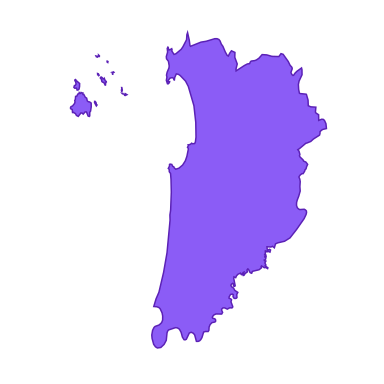 Tinh Gia, Thanh Hóa, Vietnam, rotated 185°
{"feature_id": "81297802B97652803071493", "entity_name": "Tinh Gia", "entity_type": "district", "adm_level": 2, "iso_a3": "VNM", "parent_name": "Vietnam", "parent_adm1": "Thanh Hóa", "projection": "robinson", "projection_center": [105.829, 19.452], "detail": "fine", "context": "isolated", "style": "filled", "palette": "violet", "viewbox_px": 384, "rotation_deg": 185, "n_neighbors": 0, "source": "geoboundaries", "source_scale": "gbopen_adm2", "svg_char_len": 6022}
<svg xmlns="http://www.w3.org/2000/svg" viewBox="0 0 384 384"><g transform="rotate(185 192 192)"><path d="M210.3,350.4L210.8,348.3L210.7,343.2L213.7,335.9L215.2,333.2L220.1,328.3L221.9,327.5L224.4,330.7L224.3,332.1L224.7,333.0L226.5,331.7L227.5,331.6L228.3,333.9L228.6,334.2L229.2,332.9L228.5,329.3L229.4,324.6L229.0,322.5L226.9,320.2L225.7,315.6L225.8,313.5L227.2,309.2L227.6,306.2L227.0,304.3L227.3,301.0L225.9,297.7L225.3,297.6L224.1,298.9L223.9,300.0L225.3,299.9L225.5,301.1L223.7,303.6L221.7,304.2L220.4,303.8L219.8,302.2L219.3,302.1L219.2,304.5L217.9,308.3L215.7,308.0L213.9,307.0L208.1,301.9L204.9,296.9L197.6,278.1L194.3,261.6L192.8,247.0L193.0,242.1L193.6,240.5L195.6,240.1L196.6,240.6L197.8,239.3L200.0,238.6L199.6,238.0L200.4,236.1L199.6,235.3L199.4,234.2L200.2,227.1L201.4,222.4L203.7,218.0L207.1,214.6L210.2,213.3L211.8,214.5L212.4,215.6L213.5,215.9L214.5,217.7L216.3,217.9L216.8,217.5L216.7,215.8L217.7,213.4L216.7,212.6L216.4,210.2L215.0,208.6L214.0,202.7L212.6,190.0L211.7,172.1L212.0,167.2L211.4,161.9L211.6,129.3L213.3,109.4L216.2,89.3L218.5,82.4L220.1,74.6L217.0,74.6L214.9,74.0L213.6,73.0L211.3,69.0L210.4,65.9L210.1,61.8L210.9,59.2L212.1,57.8L213.3,56.6L217.0,54.9L218.0,53.8L219.2,50.8L219.6,46.0L219.0,42.6L216.9,36.9L214.9,34.6L212.9,33.6L209.5,34.4L206.5,37.8L204.7,42.0L204.6,49.5L204.2,51.1L203.4,52.5L196.7,55.4L194.9,55.4L193.1,54.6L192.3,53.8L190.6,51.2L188.9,46.6L187.1,44.2L186.0,44.1L184.8,44.8L182.4,51.3L180.5,52.2L178.4,51.4L176.9,49.9L174.6,43.6L172.9,43.7L171.5,44.4L170.4,45.7L169.4,47.8L168.2,53.5L166.5,54.2L163.8,54.4L163.1,55.7L163.2,58.9L162.4,61.5L160.7,63.6L157.8,64.5L157.2,65.3L157.3,66.6L158.1,67.6L160.4,68.1L160.8,68.6L160.6,69.8L159.5,71.4L157.5,72.6L151.8,73.0L151.0,74.7L152.1,76.7L152.3,77.9L150.9,79.3L149.4,79.4L146.6,78.4L144.4,79.9L142.1,80.0L141.5,80.6L141.4,81.4L143.6,86.0L143.2,88.1L143.9,88.8L145.8,89.4L145.9,90.7L144.7,93.3L142.9,93.8L142.0,93.4L142.0,91.4L141.1,90.0L139.9,89.6L138.5,90.1L138.0,90.8L138.5,93.7L137.6,96.0L140.8,97.7L142.2,99.9L144.3,101.1L145.1,102.3L144.8,103.5L143.4,104.6L142.7,104.1L142.6,102.7L142.1,101.8L141.3,101.8L140.8,102.3L142.9,109.6L142.8,111.1L141.0,110.5L140.3,112.5L138.9,114.2L136.6,115.4L135.8,114.1L135.3,114.0L133.9,116.4L133.3,116.7L134.0,113.9L133.7,113.3L133.0,113.5L131.9,115.5L129.9,117.2L130.4,119.1L129.8,120.2L129.1,120.0L127.2,116.9L125.8,116.2L125.3,116.5L125.1,117.8L124.4,118.4L118.4,120.4L116.3,122.4L116.6,124.0L116.3,124.4L113.4,122.9L111.8,123.2L110.0,122.3L109.8,123.1L112.7,124.8L112.0,125.7L113.2,127.7L112.4,129.6L113.8,129.9L114.1,130.5L113.2,131.0L112.8,131.6L112.6,133.8L113.7,133.5L113.9,133.9L112.8,134.9L112.8,135.5L113.1,135.9L113.8,135.6L114.2,135.8L113.6,137.3L113.8,139.7L113.1,139.8L112.2,138.9L110.7,139.4L109.1,138.9L108.7,141.1L109.8,141.7L111.5,140.6L112.2,141.9L112.5,144.0L108.5,144.1L107.1,144.9L105.1,143.6L104.3,147.6L102.2,148.8L95.5,151.0L90.4,154.8L84.5,163.9L78.0,175.2L76.4,179.5L76.1,181.5L76.4,183.1L77.4,184.0L78.7,184.6L83.1,183.9L84.4,184.4L85.7,185.5L86.7,187.7L86.9,190.5L86.5,193.0L85.3,197.2L84.3,202.4L85.0,206.8L85.1,211.8L85.8,214.4L86.7,216.0L86.7,216.7L85.6,218.5L84.0,219.9L83.0,219.9L82.3,221.1L81.5,222.8L81.3,224.1L80.4,225.0L80.1,227.0L79.2,229.6L81.1,231.7L83.6,232.6L84.1,233.6L87.5,236.4L88.1,237.4L87.8,238.9L89.0,242.1L90.3,243.4L88.9,244.4L82.7,250.6L82.0,250.7L78.1,252.7L75.6,255.4L69.9,259.8L69.6,261.4L69.7,263.3L68.3,264.9L67.0,265.8L63.6,266.9L64.5,271.7L66.3,274.9L67.6,275.8L69.1,275.8L72.0,274.4L72.6,280.0L75.4,281.5L76.0,282.4L76.0,287.3L81.1,287.2L83.7,288.1L84.4,293.7L86.5,299.1L86.8,299.4L92.9,299.5L93.6,299.8L94.7,303.5L95.4,308.4L95.0,311.8L92.6,318.4L93.1,323.4L93.7,325.1L98.0,321.4L99.7,319.4L101.0,317.1L101.6,316.9L102.7,317.7L103.9,319.7L102.9,323.4L103.3,324.9L105.4,326.9L107.5,330.4L113.2,337.1L115.4,337.6L117.3,334.5L124.2,334.1L129.4,335.1L134.1,335.0L137.0,331.1L139.3,329.2L140.9,328.4L144.4,327.6L145.2,326.7L145.8,324.9L148.0,324.4L150.8,322.6L158.6,316.5L158.9,318.3L158.1,323.5L161.1,329.9L161.4,334.8L165.0,336.1L166.5,333.6L167.7,330.6L168.9,331.2L171.1,334.5L173.9,339.8L175.7,341.9L177.2,344.9L178.5,346.3L180.4,346.9L182.7,346.7L191.0,343.4L196.1,342.1L206.2,337.0L206.8,337.8L208.0,343.2L210.3,350.4ZM317.7,261.3L314.9,259.9L313.8,258.2L311.9,257.4L309.5,261.1L308.3,261.0L307.2,260.1L305.4,262.5L304.1,262.5L302.1,258.6L300.9,258.3L300.5,258.9L300.8,262.5L300.1,263.7L299.8,268.1L300.2,271.8L301.8,272.8L303.2,272.9L304.3,273.7L305.1,276.3L306.6,277.1L308.3,279.8L309.1,279.7L309.4,281.2L309.9,281.0L311.2,281.5L311.6,280.5L312.1,280.4L313.0,281.2L313.2,280.2L314.3,279.6L315.1,277.5L316.3,277.1L316.3,274.1L316.8,272.9L316.4,271.6L316.7,270.0L318.5,267.3L320.0,266.5L320.4,265.3L320.2,264.4L318.5,263.7L317.8,260.1L317.7,261.3ZM316.1,285.4L315.3,283.5L314.2,283.8L313.5,284.7L313.2,287.2L313.4,290.3L316.4,292.5L317.2,292.7L317.3,293.4L317.9,293.9L318.4,293.5L318.4,292.6L317.7,292.3L316.9,289.4L317.6,288.0L318.4,287.8L318.8,286.0L317.9,285.2L316.1,285.4ZM289.4,293.4L287.8,290.9L287.5,291.0L287.5,293.4L286.9,294.1L287.1,294.7L288.1,295.2L289.2,297.4L289.4,296.9L289.9,296.9L292.2,298.6L292.7,298.6L293.3,297.6L291.6,295.8L291.8,295.3L291.4,294.2L290.8,293.7L289.4,293.4ZM296.9,272.6L294.8,269.4L294.2,270.4L295.4,271.0L295.1,271.8L295.5,272.9L296.6,273.9L296.9,273.8L296.7,273.2L296.9,272.6ZM267.8,282.9L267.5,282.4L266.9,282.3L265.3,283.3L267.2,284.2L267.8,282.9ZM271.2,289.9L270.9,288.5L271.2,287.4L270.9,286.2L270.6,286.1L270.3,287.4L271.0,289.9L271.2,289.9ZM295.2,300.5L295.0,299.9L294.7,300.2L295.6,301.6L296.4,301.8L296.2,300.5L295.2,300.5ZM299.1,318.4L297.9,318.1L297.1,318.9L297.4,319.3L297.7,318.8L299.5,319.1L299.1,318.4ZM287.9,315.0L288.0,314.2L287.2,313.7L287.1,314.7L287.9,315.0ZM297.0,320.3L296.8,319.1L296.1,319.0L296.1,319.6L297.0,320.3ZM281.6,304.4L280.6,304.2L280.2,304.4L280.6,304.8L281.6,304.4ZM281.8,303.7L281.4,302.4L281.2,302.4L281.3,303.6L281.8,303.7ZM270.3,284.2L269.9,283.8L269.1,283.7L269.3,284.1L270.3,284.2Z" fill="#8b5cf6" stroke="#5b21b6" stroke-width="1.5"/></g></svg>